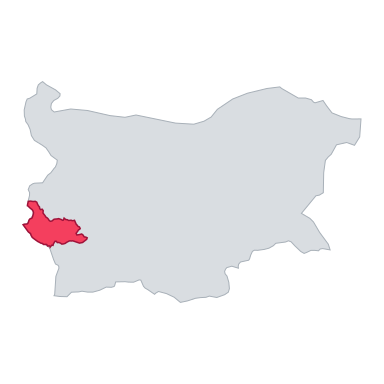 Kyustendil on a map of Bulgaria (Mercator projection)
{"feature_id": "BGR-2252", "entity_name": "Kyustendil", "entity_type": "Province", "adm_level": 1, "iso_a3": "BGR", "parent_name": "Bulgaria", "parent_adm1": "", "projection": "mercator", "projection_center": [22.877, 42.321], "detail": "fine", "context": "in_parent", "style": "filled", "palette": "rose", "viewbox_px": 384, "rotation_deg": 0, "n_neighbors": 0, "source": "natural_earth", "source_scale": "10m", "svg_char_len": 3579}
<svg xmlns="http://www.w3.org/2000/svg" viewBox="0 0 384 384"><path d="M330.1,249.9L322.7,248.6L320.2,249.0L318.5,250.8L315.1,250.4L310.9,250.4L306.5,252.5L304.1,253.4L300.8,251.5L294.8,245.8L291.1,241.8L288.4,240.8L285.6,242.0L275.8,243.3L273.4,245.7L268.9,248.2L264.3,249.4L257.8,250.3L254.3,250.2L252.4,251.4L250.7,255.1L249.6,258.8L248.7,260.2L240.5,262.0L238.7,264.1L238.2,266.2L238.4,268.2L231.8,266.2L226.8,267.6L225.6,269.1L224.6,271.4L225.1,273.8L227.0,276.1L228.8,282.3L229.4,288.6L228.3,292.2L224.6,294.7L216.8,297.5L209.3,296.1L206.0,297.3L200.5,297.6L195.4,298.3L187.5,300.9L180.4,302.4L174.1,297.2L166.5,293.6L158.5,291.5L155.8,293.1L154.6,294.3L147.9,289.7L145.0,288.0L143.5,286.3L140.8,280.1L139.1,279.9L133.6,282.2L128.4,282.1L125.2,281.7L115.7,281.9L114.5,286.1L113.3,286.8L111.3,287.3L106.2,287.1L99.8,290.2L92.9,292.1L87.6,292.1L82.0,291.2L78.7,291.9L71.5,292.2L67.0,296.7L59.9,296.5L54.0,295.7L54.7,294.3L55.9,276.3L58.9,268.2L58.8,266.5L58.1,265.3L55.5,264.0L53.6,259.6L49.7,248.1L47.5,245.7L41.4,243.3L36.0,240.0L31.4,235.6L23.0,224.7L27.3,223.6L28.5,221.4L32.8,215.4L33.2,212.4L32.8,210.8L30.0,207.9L28.0,201.6L29.5,195.6L29.6,192.6L28.2,189.6L29.7,185.8L32.7,183.8L34.6,183.2L42.6,182.8L47.7,175.2L50.8,172.8L54.0,168.5L55.4,167.0L56.8,163.6L57.3,160.2L51.0,155.5L48.8,151.9L46.0,147.9L42.1,145.1L34.4,140.4L31.4,135.6L30.1,129.4L28.0,124.6L25.8,121.6L25.4,119.0L24.4,116.0L24.2,109.9L26.0,101.8L27.2,99.0L29.8,98.2L36.8,93.9L37.1,88.3L38.3,84.9L40.6,82.9L42.6,81.6L46.4,84.8L55.6,89.9L60.1,93.7L59.9,96.0L57.8,98.3L53.8,100.5L51.4,103.5L50.8,107.1L51.4,109.7L54.2,112.0L70.7,109.0L87.5,110.5L110.0,115.6L125.0,117.3L136.0,115.0L156.5,119.2L175.5,123.1L193.8,124.2L204.0,121.2L211.2,117.0L217.4,109.3L232.7,99.0L247.5,93.2L266.9,88.5L279.8,86.9L281.7,88.5L298.2,98.0L305.5,98.0L311.4,99.7L313.6,102.2L315.1,102.8L323.0,100.5L326.5,105.7L332.0,112.9L341.3,116.6L349.6,118.7L352.2,119.0L361.0,118.9L359.7,136.9L354.5,145.3L346.6,142.5L336.5,144.8L331.2,154.3L328.1,157.1L325.4,160.4L323.7,172.6L323.3,192.7L319.4,195.1L315.9,195.8L301.4,213.4L309.8,218.3L313.5,222.0L319.6,232.4L328.3,244.2L330.1,249.9Z" fill="#d9dde1" stroke="#a8b0b8" stroke-width="1"/><path d="M23.1,224.7L24.1,224.2L26.4,224.1L27.4,223.8L28.2,222.8L29.0,220.1L29.8,219.0L30.7,218.6L31.4,218.4L32.0,218.0L32.5,216.8L33.3,214.2L33.5,212.6L33.2,211.5L32.8,210.5L32.1,209.6L30.5,208.4L27.7,205.8L27.4,205.7L27.6,204.2L28.3,201.3L30.5,201.1L33.1,201.5L35.2,201.3L36.8,202.2L37.6,204.3L38.6,206.0L39.5,207.0L39.7,208.6L40.6,209.6L42.2,209.2L43.2,210.6L43.0,213.0L43.9,214.2L45.0,215.6L45.8,217.0L47.1,217.8L48.3,219.0L49.2,220.5L50.4,221.3L51.9,221.0L54.1,219.2L57.4,218.9L58.6,218.6L61.5,219.6L62.5,220.3L63.4,220.1L64.1,218.1L65.7,219.5L67.3,219.7L68.7,220.5L70.2,220.3L71.2,220.2L72.1,220.7L73.3,220.6L74.5,220.3L76.3,224.4L76.9,224.8L77.3,225.5L78.2,226.5L79.4,226.9L80.2,228.5L79.6,229.4L78.5,229.8L77.8,231.1L76.1,233.3L76.9,235.0L79.3,234.6L81.7,234.0L83.1,235.1L84.2,236.9L85.8,237.1L87.2,237.8L86.7,239.3L85.3,240.4L82.6,242.5L79.5,243.1L72.7,240.8L71.6,241.0L70.6,240.9L69.4,240.9L66.7,242.3L65.2,243.4L63.5,243.9L61.8,244.1L60.4,243.1L58.8,242.5L57.3,242.6L56.3,241.3L55.0,241.3L53.4,243.9L53.0,245.4L51.8,245.2L50.9,246.2L50.2,247.1L50.1,246.6L49.8,246.2L49.2,245.8L48.9,245.8L48.1,246.1L47.7,246.1L47.2,245.7L47.1,245.2L46.9,244.8L46.7,244.5L46.1,244.4L43.7,244.5L43.3,244.4L43.1,244.1L42.9,243.8L42.6,243.5L41.0,243.2L38.4,241.8L37.9,241.6L33.2,238.2L32.0,237.1L31.9,236.8L31.2,235.6L30.5,233.5L28.4,232.0L23.1,224.7Z" fill="#f43f5e" stroke="#9f1239" stroke-width="1.5"/></svg>